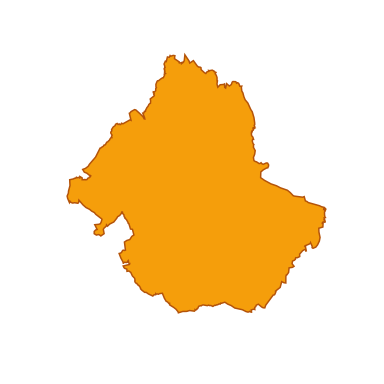 the district of Manastireni, Cluj, Romania, rotated 68°
{"feature_id": "2599482B68229257959146", "entity_name": "Manastireni", "entity_type": "district", "adm_level": 2, "iso_a3": "ROU", "parent_name": "Romania", "parent_adm1": "Cluj", "projection": "robinson", "projection_center": [23.092, 46.785], "detail": "fine", "context": "isolated", "style": "filled", "palette": "amber", "viewbox_px": 384, "rotation_deg": 68, "n_neighbors": 0, "source": "geoboundaries", "source_scale": "gbopen_adm2", "svg_char_len": 6039}
<svg xmlns="http://www.w3.org/2000/svg" viewBox="0 0 384 384"><g transform="rotate(68 192 192)"><path d="M298.9,249.9L299.3,245.3L300.7,241.7L301.0,238.6L303.4,234.4L302.9,233.3L302.2,233.2L302.8,232.5L302.7,231.5L302.0,231.0L302.1,230.3L300.5,228.6L300.6,226.7L301.0,226.2L300.7,224.8L300.9,223.9L303.1,220.4L303.1,218.9L303.7,218.5L304.3,217.0L305.9,215.5L305.5,213.4L306.0,212.5L305.8,211.4L306.2,210.5L305.9,208.9L306.5,207.9L305.8,207.1L306.2,206.5L306.5,202.8L309.3,200.9L312.0,198.2L315.6,195.8L320.0,189.4L323.1,186.7L324.2,185.3L324.5,184.3L324.3,183.2L325.6,182.2L325.7,181.8L323.5,181.2L323.8,178.6L324.5,177.8L322.5,177.1L322.2,175.9L321.0,174.8L320.9,172.5L324.7,170.5L326.0,169.4L326.7,167.9L324.6,166.1L318.0,155.4L318.2,154.0L317.7,153.3L315.8,151.5L315.2,151.7L313.5,146.0L308.7,142.4L310.6,140.7L311.5,139.1L305.4,136.6L304.2,135.5L304.4,135.1L302.8,132.6L298.7,130.4L299.5,127.0L299.1,125.2L296.0,126.1L293.7,124.7L293.6,122.6L293.1,121.3L292.2,120.9L291.8,120.4L292.4,119.0L292.2,116.3L289.9,115.5L287.8,111.3L287.6,109.0L287.9,108.2L289.3,108.6L289.4,108.1L285.7,107.4L283.9,108.0L284.7,107.3L284.6,106.7L284.2,106.6L284.2,103.0L283.9,101.5L283.4,101.1L287.3,100.9L288.6,101.5L289.5,100.9L289.5,97.9L288.0,95.3L285.2,92.3L282.1,90.3L276.6,89.3L273.1,88.0L273.5,83.8L269.7,82.0L269.7,82.8L269.3,82.6L269.0,82.1L269.0,81.1L269.8,80.2L269.7,79.8L269.0,79.5L267.5,79.9L267.6,79.4L265.5,79.3L265.7,77.9L264.5,78.1L262.4,77.5L260.1,76.6L259.4,75.5L258.9,75.8L258.6,75.3L258.1,75.7L257.9,75.4L257.5,75.5L257.4,76.4L256.9,76.1L257.2,75.9L257.0,75.5L258.2,74.6L258.0,74.3L255.9,75.1L254.1,77.5L252.5,78.9L245.4,88.1L243.7,89.1L242.7,90.2L238.3,89.7L238.3,91.3L234.1,98.7L233.2,99.6L229.4,101.1L226.1,102.9L221.2,108.5L217.9,111.3L214.0,115.8L208.4,120.4L204.4,123.0L199.2,120.7L198.1,117.4L197.7,113.7L198.0,112.7L196.6,111.3L195.5,110.8L193.5,111.1L192.9,112.3L193.0,115.6L192.0,116.6L190.7,117.0L191.0,117.9L190.8,119.1L188.3,120.8L187.3,122.0L186.1,122.8L183.0,122.1L180.4,119.7L177.3,117.9L173.6,118.3L171.2,117.2L171.1,116.9L169.9,117.3L167.2,117.0L166.0,116.1L166.3,115.2L163.9,115.0L162.1,115.6L160.1,115.1L158.9,113.9L158.6,114.3L158.1,113.7L158.5,113.6L157.7,112.9L157.6,112.1L156.9,111.4L156.5,111.6L156.4,111.0L156.0,112.0L156.1,111.2L155.7,111.3L155.8,110.5L155.4,110.6L155.4,109.4L153.4,109.3L153.0,108.6L151.4,108.0L146.3,106.7L140.2,106.1L137.6,106.6L130.4,106.9L126.4,108.2L123.1,108.2L119.2,107.7L117.0,108.0L113.4,107.0L112.5,106.2L111.9,108.0L108.8,108.0L107.8,108.7L107.8,109.9L107.1,109.7L106.0,110.3L104.9,112.7L105.2,113.6L107.1,115.3L107.7,117.7L104.5,119.3L108.2,121.9L107.3,122.5L104.0,121.4L104.1,122.5L103.1,125.7L104.5,128.8L101.2,128.4L98.5,126.8L98.3,127.1L95.2,125.9L92.7,125.8L91.0,126.2L90.1,125.0L88.7,126.4L88.3,126.2L86.6,127.6L86.0,130.4L85.5,131.1L86.4,131.3L86.2,133.1L87.3,134.8L86.0,135.8L82.0,137.7L80.0,137.1L79.2,137.8L78.7,139.0L77.2,139.9L70.7,141.5L71.6,145.8L69.3,145.7L62.1,147.2L67.2,149.9L68.5,151.4L69.0,153.3L68.1,152.7L67.9,154.8L67.3,155.5L66.6,155.1L61.8,158.3L59.2,156.8L58.3,158.3L58.1,160.9L57.3,161.2L58.6,162.6L57.6,164.2L61.4,167.0L60.7,167.7L62.9,170.0L65.3,170.1L66.0,170.6L66.6,170.4L67.3,171.7L68.5,171.8L68.8,171.5L69.6,172.2L70.2,172.0L70.9,172.7L72.3,172.2L72.3,173.6L73.5,173.8L75.3,175.8L75.1,176.3L75.3,178.0L76.3,181.5L76.0,182.1L76.3,182.9L78.6,185.1L81.2,186.1L81.9,185.9L82.5,186.9L84.5,187.7L85.2,189.5L84.6,190.3L85.5,190.7L86.7,190.2L87.3,190.9L88.2,190.7L88.7,191.1L90.1,195.9L92.0,196.2L94.2,197.3L94.2,198.0L94.7,199.2L96.1,200.7L96.8,202.1L98.8,204.4L99.8,205.0L99.4,205.9L100.6,206.9L100.4,208.1L105.0,208.1L106.6,208.4L106.2,209.0L103.9,209.2L99.5,211.1L94.9,213.3L94.1,214.4L94.6,218.4L95.4,219.7L95.5,220.6L102.7,221.7L101.9,222.6L102.9,230.5L101.8,231.6L102.7,232.8L102.5,233.6L101.6,234.0L101.7,235.2L100.4,235.7L100.6,237.6L101.6,238.3L102.2,240.7L103.9,243.1L105.3,243.5L106.1,244.9L107.1,245.2L109.4,244.8L110.2,245.7L111.5,245.9L111.2,246.6L112.4,248.6L113.1,249.2L113.4,250.4L113.9,251.1L113.9,252.4L115.6,254.5L115.8,255.4L115.5,255.9L116.4,257.2L116.7,259.3L117.1,260.3L116.9,260.8L123.5,268.3L127.9,276.8L129.3,278.6L130.2,282.0L130.1,284.9L133.3,284.4L135.1,282.5L138.2,280.8L138.4,280.2L139.1,279.8L139.9,280.8L139.7,281.5L140.3,282.2L140.2,283.4L141.1,284.7L140.9,286.0L140.2,286.6L140.3,287.6L139.7,288.2L139.5,289.2L137.7,288.6L135.6,290.2L136.9,290.9L135.9,291.8L135.8,293.2L135.0,293.7L135.6,294.7L135.2,296.0L135.5,296.7L134.8,300.8L140.3,302.7L144.8,306.1L146.8,307.1L149.0,309.3L151.4,309.7L155.9,309.6L154.9,308.6L156.4,308.1L157.6,306.7L157.9,305.0L159.7,302.0L159.2,301.0L157.2,299.9L163.1,297.9L166.7,296.1L169.8,293.4L172.1,292.2L174.5,290.2L176.6,289.6L183.1,285.8L183.6,285.7L186.0,287.6L187.1,289.0L187.0,290.6L185.9,294.4L191.2,294.0L191.1,295.5L191.9,297.4L194.0,298.3L196.1,296.8L196.4,294.8L197.0,293.9L198.6,293.0L197.7,289.1L193.4,288.2L192.6,287.2L191.5,284.2L190.5,283.6L192.0,283.1L190.9,280.4L190.5,275.7L188.2,271.7L187.0,270.2L186.7,267.9L185.7,266.0L184.2,264.4L184.6,264.0L186.0,264.4L187.4,263.7L189.5,264.1L190.7,263.7L191.1,264.0L193.1,263.1L196.6,262.7L197.2,262.9L197.8,262.4L203.3,262.9L204.3,261.2L210.1,262.0L210.6,264.4L212.8,267.5L212.5,270.6L213.1,273.4L221.0,275.5L221.0,276.3L220.2,277.5L220.2,278.2L221.4,279.7L221.9,280.9L221.7,282.6L226.7,282.7L230.9,282.2L232.8,282.5L232.0,281.9L231.9,280.6L232.7,279.6L232.9,278.7L231.7,276.8L232.4,276.8L233.3,277.5L234.6,277.0L234.9,276.5L235.7,277.1L235.7,277.5L234.8,283.5L236.6,283.4L237.6,283.0L239.1,281.3L241.2,282.0L241.6,280.2L243.6,278.9L247.5,278.7L250.5,277.5L252.6,277.9L253.0,278.4L254.4,278.5L255.9,277.9L256.1,277.4L258.0,277.0L258.2,276.6L259.2,276.3L259.3,276.0L262.0,275.7L262.4,276.0L264.2,275.3L267.3,273.5L267.9,272.1L270.2,270.6L273.8,267.3L273.1,265.8L273.6,264.2L273.0,263.9L273.4,263.8L273.3,262.7L274.2,261.5L274.1,260.0L274.8,257.4L280.3,257.4L283.7,256.9L284.7,255.9L286.7,255.2L286.8,254.5L288.3,255.0L292.3,252.1L294.8,250.7L297.8,249.8L298.9,249.9Z" fill="#f59e0b" stroke="#b45309" stroke-width="1.5"/></g></svg>